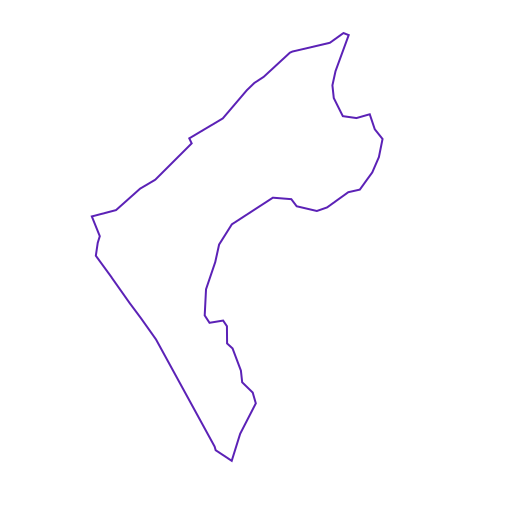 Tamuning, Guam (orthographic projection), rotated 164°
{"feature_id": "77769853B98386396694239", "entity_name": "Tamuning", "entity_type": "district", "adm_level": 2, "iso_a3": "GUM", "parent_name": "Guam", "parent_adm1": "", "projection": "orthographic", "projection_center": [144.795, 13.512], "detail": "fine", "context": "isolated", "style": "outline", "palette": "violet", "viewbox_px": 512, "rotation_deg": 164, "n_neighbors": 0, "source": "geoboundaries", "source_scale": "gbopen_adm2", "svg_char_len": 953}
<svg xmlns="http://www.w3.org/2000/svg" viewBox="0 0 512 512"><g transform="rotate(164 256 256)"><path d="M402.9,339.3L400.7,318.1L404.5,312.3L409.9,300.4L400.7,275.3L400.6,274.8L390.2,244.9L389.9,244.2L383.7,227.8L375.1,203.3L348.3,84.2L348.3,80.4L335.8,65.8L323.7,84.2L320.2,89.5L296.8,114.4L296.8,125.6L304.1,138.4L302.1,150.0L304.0,173.4L304.0,173.6L307.9,179.9L303.3,196.5L305.4,203.0L319.1,204.6L321.7,213.0L313.2,237.8L296.9,261.3L288.3,277.2L270.5,293.1L223.7,307.4L206.4,300.9L203.2,292.6L185.1,282.5L179.6,282.8L174.3,283.1L149.7,291.9L137.9,291.2L128.4,298.7L121.2,304.3L110.6,317.2L102.1,333.6L106.4,343.9L106.9,345.2L107.6,360.9L121.4,360.9L134.0,366.5L137.7,386.4L135.5,399.0L128.6,411.8L115.7,429.5L106.0,442.8L110.5,446.2L126.2,440.6L164.6,442.5L167.4,442.1L199.2,426.1L209.9,422.8L219.1,417.9L250.0,397.4L287.7,387.5L286.8,382.0L331.8,357.1L348.8,352.7L377.9,338.7L402.9,339.3Z" fill="none" stroke="#5b21b6" stroke-width="2"/></g></svg>